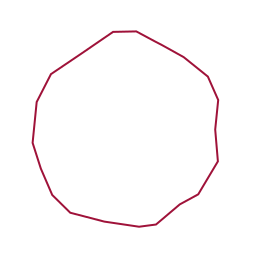 the district of Shaki City, Şəki, Azerbaijan, rotated 101°
{"feature_id": "54616110B24616396985677", "entity_name": "Shaki City", "entity_type": "district", "adm_level": 2, "iso_a3": "AZE", "parent_name": "Azerbaijan", "parent_adm1": "Şəki", "projection": "mercator", "projection_center": [47.188, 41.208], "detail": "fine", "context": "isolated", "style": "outline", "palette": "rose", "viewbox_px": 256, "rotation_deg": 101, "n_neighbors": 0, "source": "geoboundaries", "source_scale": "gbopen_adm2", "svg_char_len": 446}
<svg xmlns="http://www.w3.org/2000/svg" viewBox="0 0 256 256"><g transform="rotate(101 128 128)"><path d="M181.6,207.4L184.5,205.8L208.2,189.6L222.2,168.5L224.4,133.4L222.8,98.3L217.4,82.1L193.1,62.6L179.7,46.4L173.0,44.0L143.6,33.4L112.9,42.1L83.3,44.8L62.3,59.4L47.8,86.9L40.2,110.2L37.8,118.3L31.6,138.3L36.5,161.0L44.3,168.7L63.9,188.0L89.8,213.9L119.9,222.6L160.8,218.8L181.6,207.4Z" fill="none" stroke="#9f1239" stroke-width="2"/></g></svg>